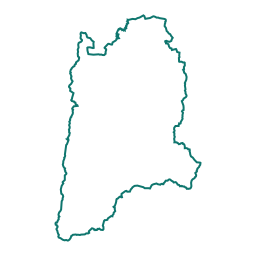 Chae Hom, Lampang, Thailand (orthographic projection)
{"feature_id": "78962969B2527199912665", "entity_name": "Chae Hom", "entity_type": "district", "adm_level": 2, "iso_a3": "THA", "parent_name": "Thailand", "parent_adm1": "Lampang", "projection": "orthographic", "projection_center": [99.662, 18.738], "detail": "fine", "context": "isolated", "style": "outline", "palette": "teal", "viewbox_px": 256, "rotation_deg": 0, "n_neighbors": 0, "source": "geoboundaries", "source_scale": "gbopen_adm2", "svg_char_len": 5716}
<svg xmlns="http://www.w3.org/2000/svg" viewBox="0 0 256 256"><path d="M165.8,19.9L165.5,19.4L164.3,18.9L159.3,18.1L158.3,17.6L156.5,17.6L155.4,16.9L153.7,16.3L153.1,16.4L150.1,18.0L145.3,18.8L144.3,16.1L143.4,15.4L139.5,17.6L137.5,18.1L135.5,19.2L132.5,18.9L128.6,19.9L127.7,19.7L127.8,20.3L127.3,21.0L127.7,21.1L128.2,23.1L127.5,23.5L127.1,23.4L126.7,24.0L127.1,24.6L126.0,25.9L125.9,26.5L126.2,26.7L125.7,27.2L126.1,27.3L126.3,28.3L125.8,28.6L125.4,28.5L124.4,29.3L124.8,29.5L124.8,30.4L124.1,30.0L123.8,30.3L123.6,29.9L122.3,30.1L122.3,29.7L122.1,29.8L121.5,29.5L121.5,29.1L121.0,28.7L120.5,28.8L120.6,28.5L120.2,28.3L119.0,28.9L119.2,29.2L118.9,29.7L118.1,30.0L116.4,33.9L116.7,34.5L117.7,34.1L118.5,34.4L118.3,35.0L117.1,35.2L116.4,36.1L116.7,36.4L118.0,36.2L118.1,36.6L117.3,37.7L118.6,37.7L118.9,38.2L116.6,38.5L116.6,39.4L115.6,40.6L112.6,42.4L112.1,44.5L111.4,44.6L108.8,43.8L108.1,43.9L104.6,47.6L104.7,48.1L106.1,49.2L106.2,49.9L105.6,51.8L105.6,53.8L104.9,54.2L104.5,54.9L104.0,55.1L102.6,55.0L101.2,54.5L99.9,54.7L98.7,54.3L93.4,54.7L88.4,54.1L87.5,50.7L87.3,47.8L87.8,47.4L89.9,47.3L93.0,48.1L93.7,47.9L93.4,43.5L93.7,41.8L91.8,40.4L90.3,38.2L87.5,37.5L86.9,36.7L86.6,35.0L85.4,33.0L83.8,33.2L81.3,32.4L80.8,32.9L80.5,34.0L80.9,35.4L80.5,38.1L80.8,38.7L82.0,40.0L82.0,40.7L80.8,42.0L79.3,42.5L78.6,43.1L78.2,44.8L78.6,47.5L77.7,49.7L78.1,51.9L77.7,53.4L78.0,56.5L79.0,57.2L79.2,57.8L78.6,60.3L76.0,62.4L75.9,63.9L74.8,64.5L74.4,66.2L73.3,66.6L71.6,68.4L71.4,69.1L70.8,69.7L70.2,71.9L70.8,72.7L70.2,73.4L71.5,76.3L71.1,77.0L71.3,77.6L71.0,78.2L71.6,79.9L72.6,81.2L71.2,83.8L69.5,85.3L69.0,86.5L69.2,87.3L70.4,88.5L70.1,90.8L73.5,93.1L72.1,97.8L72.0,98.8L71.2,100.1L71.8,101.0L73.1,101.3L73.7,101.7L74.3,101.7L74.6,102.4L75.4,102.6L75.6,104.1L77.4,105.3L77.6,105.9L73.8,106.3L72.2,108.5L72.3,109.1L73.1,109.8L72.6,110.9L72.9,112.6L72.7,113.9L71.6,115.9L71.3,117.0L70.8,117.2L70.0,119.5L70.2,119.9L70.0,120.7L69.3,121.7L69.9,123.2L69.1,125.1L69.6,126.4L69.7,127.9L68.9,129.8L69.2,130.6L69.1,132.2L69.8,133.0L69.4,134.1L69.4,135.0L67.7,138.0L68.2,138.9L67.0,139.2L68.4,140.5L66.9,144.3L66.2,145.0L64.9,154.6L65.2,155.8L64.8,157.0L64.2,157.6L64.4,158.5L63.3,161.2L63.2,163.2L62.8,164.5L63.4,166.5L64.3,167.9L65.1,168.4L64.7,169.7L65.3,170.8L65.2,171.6L66.2,172.8L66.4,173.4L66.3,173.9L64.8,175.4L64.8,180.0L62.7,182.0L62.7,182.6L63.3,183.4L61.7,185.8L60.8,189.4L61.3,193.7L62.2,194.3L62.9,195.2L63.2,196.6L62.6,198.2L62.6,199.6L61.7,201.2L61.1,209.6L60.2,211.3L59.2,212.3L58.5,214.4L58.7,215.6L59.4,216.6L58.6,217.3L58.7,219.4L57.8,220.4L57.5,221.7L56.9,222.6L56.2,222.4L55.6,223.0L55.5,223.5L55.7,224.7L56.8,225.2L56.8,225.7L57.6,226.3L57.4,227.5L56.5,228.8L56.5,229.4L57.4,230.9L57.5,231.9L58.2,234.0L58.8,234.6L58.7,235.6L58.3,236.3L58.7,237.5L60.6,238.2L62.7,239.7L64.5,240.3L66.2,240.0L67.9,240.6L69.4,239.7L70.6,238.0L71.4,235.8L72.1,235.6L72.9,234.8L75.9,234.5L76.6,234.9L77.8,234.7L80.0,235.0L81.0,234.6L84.8,234.4L86.2,233.4L88.3,233.4L89.2,232.8L88.8,231.9L89.0,231.1L92.0,228.3L93.6,228.8L94.1,229.2L94.1,229.6L95.0,229.7L95.1,230.1L96.9,230.0L97.5,228.9L98.6,229.1L99.2,228.6L100.8,229.8L102.8,230.0L103.5,229.1L103.4,226.8L102.8,225.7L104.1,220.8L104.8,220.1L105.7,220.2L107.4,219.8L107.9,218.4L111.1,216.1L112.4,216.3L112.5,215.3L113.5,214.2L113.7,212.7L115.2,211.1L114.8,209.7L114.8,207.8L113.7,207.2L113.5,206.8L114.8,206.0L115.8,203.2L116.3,201.0L116.3,200.1L116.7,199.0L117.7,198.6L119.2,197.1L120.1,196.6L121.4,197.3L122.0,197.2L121.5,195.2L121.6,193.8L125.4,191.1L126.5,190.9L127.2,191.7L129.9,191.6L130.8,189.4L131.9,188.3L132.4,187.4L134.5,185.9L137.4,185.6L143.4,187.2L144.7,188.2L148.6,188.2L150.0,188.5L151.7,185.2L153.3,184.3L156.5,183.5L157.8,184.2L160.3,184.7L161.1,184.0L162.1,183.8L162.7,184.2L163.4,184.2L163.9,183.0L164.6,182.4L165.7,180.7L167.6,180.7L168.6,179.7L169.4,179.4L170.2,179.6L171.7,180.9L172.7,181.3L173.7,182.5L175.4,182.1L176.0,182.3L177.2,183.7L177.6,184.6L179.1,185.0L180.0,186.3L181.2,185.9L181.7,186.3L182.5,186.1L183.3,186.6L184.3,186.5L185.3,187.4L186.0,187.5L186.8,188.8L187.7,188.6L188.1,188.9L190.2,188.5L191.0,187.6L191.4,186.1L191.1,182.8L191.6,180.6L192.6,179.3L194.5,178.2L195.0,177.1L195.9,176.5L196.2,175.1L195.3,173.0L196.9,171.5L196.7,170.4L197.2,169.8L197.4,168.6L199.2,166.8L199.4,165.9L200.2,164.9L200.5,162.9L200.1,162.6L196.8,162.3L194.4,159.8L192.8,157.6L191.0,156.4L190.3,154.7L189.9,152.0L189.5,151.3L189.8,150.4L189.6,149.4L188.1,149.3L187.6,148.5L186.1,148.1L184.8,148.2L184.8,146.6L184.5,145.1L184.0,144.2L182.9,143.9L182.6,143.0L181.2,143.2L180.1,143.9L178.9,144.2L178.1,143.2L177.4,143.0L176.7,142.3L174.4,142.3L174.6,141.2L174.1,138.8L174.8,136.8L174.3,135.8L174.4,133.2L173.7,132.2L174.3,131.6L174.6,130.5L174.1,129.3L174.2,127.8L175.5,126.0L178.6,126.0L178.7,124.8L179.2,124.2L179.1,123.5L180.2,123.6L180.6,123.4L180.8,121.9L182.6,118.8L182.3,117.6L182.6,116.0L182.4,115.2L183.0,112.8L182.0,111.3L182.6,110.4L183.6,110.0L183.6,107.2L183.4,105.5L181.8,101.1L183.1,99.9L183.6,98.6L185.9,97.1L186.5,96.1L186.5,95.3L185.5,93.4L185.5,91.8L184.9,90.6L185.5,89.4L184.9,85.4L185.2,83.9L184.8,83.1L186.3,79.7L186.6,77.0L185.7,74.0L184.1,72.6L184.0,71.3L183.5,70.7L183.9,69.7L183.3,69.5L184.0,68.6L183.9,67.0L184.8,65.6L184.7,62.7L184.3,62.4L183.0,62.5L181.6,61.7L179.4,61.8L179.1,61.6L178.9,57.8L179.5,57.1L179.2,55.7L179.5,52.6L177.2,52.0L176.3,49.4L176.0,49.0L171.9,50.0L171.5,48.4L170.1,48.1L169.0,46.5L168.5,44.4L167.5,43.6L166.0,43.4L166.0,42.4L165.2,41.8L165.3,41.1L166.4,40.8L167.7,41.4L169.3,41.8L170.2,41.5L171.3,40.9L171.7,39.4L172.7,37.8L171.2,36.0L170.2,34.2L168.8,33.5L167.6,31.8L166.7,31.1L165.9,27.9L164.6,26.1L164.9,23.7L165.3,22.9L165.2,21.8L165.8,21.1L165.8,19.9Z" fill="none" stroke="#0f766e" stroke-width="2"/></svg>